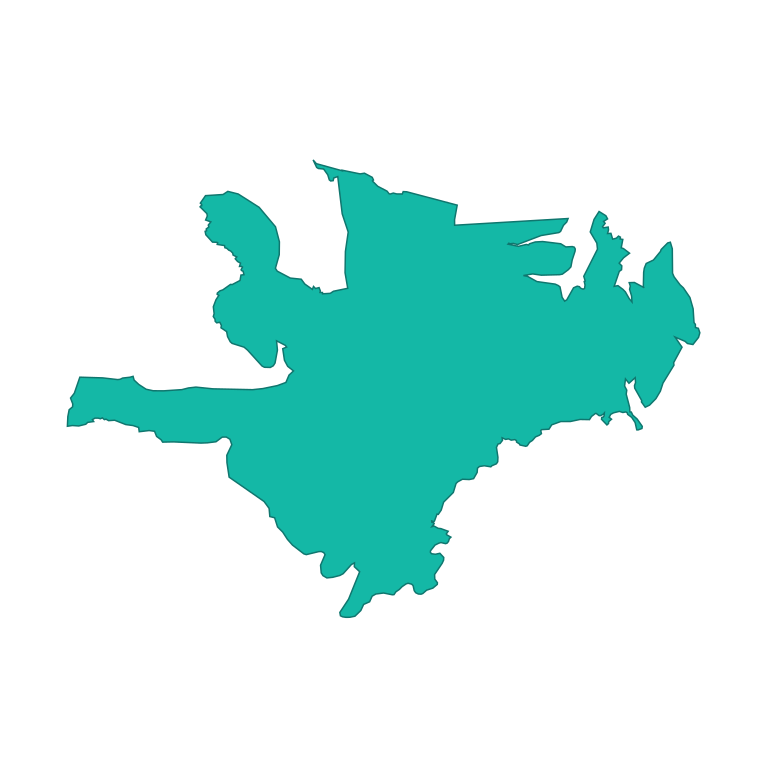 Tarandacuao, Guanajuato, Mexico (Equal Earth projection), rotated 85°
{"feature_id": "50627088B84371982021129", "entity_name": "Tarandacuao", "entity_type": "district", "adm_level": 2, "iso_a3": "MEX", "parent_name": "Mexico", "parent_adm1": "Guanajuato", "projection": "equal_earth", "projection_center": [-100.532, 19.999], "detail": "fine", "context": "isolated", "style": "filled", "palette": "teal", "viewbox_px": 768, "rotation_deg": 85, "n_neighbors": 0, "source": "geoboundaries", "source_scale": "gbopen_adm2", "svg_char_len": 6146}
<svg xmlns="http://www.w3.org/2000/svg" viewBox="0 0 768 768"><g transform="rotate(85 384 384)"><path d="M475.8,284.8L474.8,283.6L473.3,279.0L471.4,277.5L466.9,276.9L456.9,277.5L453.7,275.6L453.4,273.6L450.5,270.9L447.9,271.0L449.8,267.7L449.5,264.8L451.0,262.2L450.8,258.5L451.9,257.0L453.4,257.0L455.5,254.3L456.6,253.9L458.4,248.2L458.0,246.7L454.8,244.1L453.1,241.0L449.9,237.7L448.6,233.7L447.2,231.5L444.0,231.9L443.2,230.9L443.4,223.6L439.3,220.5L436.8,211.2L437.6,201.6L436.4,191.8L437.4,182.4L434.4,180.1L431.8,176.0L431.8,175.2L434.3,172.4L434.4,171.1L433.3,168.4L432.0,167.0L434.9,167.5L436.1,168.5L436.3,170.0L438.1,170.4L444.2,165.5L443.0,163.8L441.1,163.4L438.9,160.4L436.8,162.6L434.0,160.8L432.7,157.8L431.8,151.9L433.2,148.5L432.9,145.6L433.7,144.3L435.5,143.9L438.8,140.2L444.3,137.2L451.7,136.2L451.9,134.9L450.8,130.9L448.7,130.4L440.9,134.9L436.7,138.9L433.5,140.1L433.2,141.5L428.8,141.3L415.2,143.6L411.3,142.7L407.0,144.5L400.0,143.0L404.6,139.9L399.6,133.2L404.6,133.3L407.4,134.6L410.0,134.6L423.0,128.7L424.3,129.1L429.9,125.8L428.2,121.3L422.3,114.4L415.2,109.3L407.4,106.0L390.5,93.5L388.0,93.6L373.3,83.9L362.6,90.0L367.7,80.4L370.1,78.2L371.6,72.8L365.0,66.6L360.5,64.9L355.9,66.0L354.9,68.8L351.7,68.6L349.9,69.8L336.0,69.5L324.5,71.7L314.3,77.4L311.0,80.4L302.5,85.7L298.8,86.9L274.4,85.0L267.7,86.4L268.2,89.1L274.2,96.2L276.0,97.0L284.0,104.8L286.8,112.3L291.3,114.6L295.4,115.6L309.9,117.2L310.8,116.3L304.7,125.7L304.4,130.9L307.9,130.1L311.1,131.1L317.9,129.7L323.9,129.8L320.3,132.3L313.3,135.5L310.6,137.7L306.4,142.4L306.8,146.2L292.3,139.8L290.9,137.4L287.0,136.8L284.1,139.2L279.2,134.4L275.1,128.0L270.0,133.6L269.0,135.8L260.8,133.5L260.1,136.1L258.3,135.7L257.1,137.5L259.0,139.8L259.6,143.6L253.7,144.8L253.6,148.2L250.1,146.9L247.2,147.0L247.5,151.9L246.4,152.6L243.2,149.7L241.2,151.1L239.0,146.9L235.7,148.3L230.9,154.7L238.3,160.4L250.5,165.3L262.2,159.7L268.3,159.6L294.1,175.6L299.0,174.6L299.3,175.6L303.0,175.1L306.3,175.9L306.9,177.4L305.6,179.9L304.1,180.8L303.4,183.0L304.7,186.8L316.1,194.6L317.2,196.8L313.2,199.0L302.6,200.2L301.1,201.8L299.4,204.8L295.3,222.7L289.3,231.6L288.1,235.7L287.3,226.3L289.3,217.8L290.4,199.5L290.1,196.7L286.1,190.3L283.6,187.6L276.8,185.7L268.4,182.1L266.2,181.7L264.3,182.5L263.5,184.5L263.3,190.9L259.7,195.7L255.9,213.6L255.7,221.0L257.0,226.9L258.1,227.8L257.4,230.1L258.6,238.1L255.5,248.3L254.6,247.3L255.3,246.5L255.2,243.0L256.7,238.8L249.8,214.6L248.4,196.6L247.4,194.8L241.6,191.4L238.6,187.9L235.2,186.2L232.0,299.8L226.5,299.4L212.2,295.5L194.5,344.6L194.0,348.1L196.3,349.2L195.8,354.7L194.6,358.1L195.3,361.3L194.9,362.4L192.2,364.1L186.5,373.0L181.1,377.6L180.6,377.8L179.9,376.7L177.1,377.7L172.3,385.1L172.6,389.5L167.4,407.0L168.0,406.9L158.6,432.2L154.6,435.1L162.4,432.2L163.6,430.6L164.6,425.4L170.7,421.8L175.9,420.7L177.1,419.4L177.0,416.9L174.4,416.1L173.3,412.0L210.9,410.8L229.5,406.4L248.6,410.9L269.8,413.1L285.5,411.8L287.2,426.3L289.0,429.6L288.8,437.4L287.5,437.3L287.2,439.8L285.7,439.3L282.3,440.3L282.9,443.9L280.7,445.7L283.5,447.1L277.5,454.2L272.4,457.3L270.3,468.1L262.3,480.5L259.3,482.1L246.1,477.1L233.2,475.8L217.9,478.4L197.1,493.0L182.0,512.7L178.5,522.8L181.2,527.8L180.8,545.4L187.8,551.2L189.1,550.0L191.1,550.1L190.2,550.5L191.5,551.8L198.8,545.6L201.3,545.4L205.1,547.4L207.4,542.4L210.4,545.2L212.3,544.8L214.1,547.6L215.9,547.4L216.3,548.9L219.8,548.5L227.7,542.5L228.3,538.1L228.7,537.4L230.4,538.0L232.2,530.8L234.4,530.6L235.1,528.8L237.2,526.9L238.1,525.2L240.4,523.3L242.4,523.1L244.6,519.6L246.3,521.3L249.2,519.2L251.1,516.4L254.3,517.7L254.4,515.8L255.2,514.8L257.7,516.4L258.5,516.1L259.4,514.5L262.9,514.0L263.0,517.0L268.3,518.4L271.7,526.5L271.4,528.2L276.2,536.4L276.9,539.3L278.9,542.1L280.1,542.4L281.3,540.8L285.5,544.1L292.2,547.3L299.2,547.1L301.9,548.2L304.7,546.7L306.9,546.7L308.5,545.3L308.2,542.2L311.4,540.9L313.8,541.5L318.1,536.2L323.2,535.7L328.5,533.5L330.3,531.8L335.1,520.2L338.3,517.0L355.4,504.0L356.9,501.7L357.6,495.8L356.2,492.7L353.6,490.7L340.9,487.2L331.6,487.3L336.9,478.9L338.7,477.8L340.0,481.8L351.7,481.1L358.0,478.4L363.1,473.0L366.8,477.8L373.9,481.6L376.3,490.4L378.0,505.1L378.2,515.5L373.9,554.9L370.7,571.6L370.9,579.2L372.0,585.9L371.6,604.3L370.6,614.6L368.5,621.4L363.1,628.3L358.3,632.6L354.5,633.3L355.1,636.4L355.3,643.9L356.3,646.4L356.4,648.9L353.4,663.6L350.7,686.4L366.2,693.3L370.7,697.5L376.7,695.8L379.6,696.2L382.2,699.9L388.9,701.8L398.5,703.1L398.2,698.1L399.2,691.7L398.1,684.6L396.4,682.5L396.1,676.5L394.1,677.6L392.8,674.9L393.1,671.6L393.9,669.6L393.2,667.5L395.1,665.7L394.8,664.0L396.5,661.5L396.6,655.5L401.9,644.8L403.5,637.7L405.9,632.2L410.2,632.0L409.9,622.0L411.1,616.7L416.4,615.1L420.1,610.9L422.6,609.6L423.3,598.9L426.9,571.5L427.2,565.1L426.9,556.4L422.8,549.8L423.1,545.7L425.6,542.3L431.2,540.9L441.3,546.8L448.7,547.3L463.3,546.4L490.6,513.7L497.9,509.3L506.1,509.3L507.7,504.6L517.1,502.5L522.7,497.8L530.4,493.7L536.5,489.2L546.2,478.7L547.2,476.3L545.3,463.7L545.4,461.1L546.7,458.7L548.9,457.6L559.0,463.0L566.7,463.0L569.6,461.5L572.2,457.8L572.1,451.9L570.9,444.7L569.4,441.2L561.0,432.2L559.6,429.0L563.4,429.5L568.9,424.6L595.2,438.0L607.7,447.9L611.1,447.6L612.3,445.6L613.1,442.4L613.4,438.4L612.8,433.2L607.6,426.8L601.8,423.5L599.7,417.3L594.3,414.3L592.5,410.4L592.2,402.6L594.7,394.1L594.7,392.4L592.1,390.3L590.0,386.6L587.5,383.7L585.1,379.5L584.6,377.4L585.8,373.9L587.3,372.6L592.5,371.9L594.7,370.6L596.2,368.1L596.6,365.4L596.1,363.6L593.1,359.5L591.6,353.1L588.3,348.4L586.6,348.1L582.8,350.4L578.2,350.2L567.7,341.7L564.7,340.0L562.0,339.6L557.5,343.1L558.1,347.6L557.2,351.5L555.6,352.5L554.2,352.2L548.9,347.2L547.4,343.4L546.9,341.1L548.4,336.6L548.1,335.1L546.5,333.5L543.8,332.4L542.4,330.7L539.8,334.5L538.8,335.0L536.3,332.9L533.0,340.0L532.5,342.6L529.9,346.5L530.3,348.7L527.5,346.2L526.7,346.5L525.9,348.4L524.6,348.4L525.3,346.8L525.0,345.7L518.2,342.5L518.6,341.3L514.6,338.0L506.9,334.9L498.1,324.4L489.4,320.9L487.9,319.1L485.7,314.1L486.6,307.4L486.1,303.0L480.2,298.9L476.0,298.2L474.5,296.1L474.2,291.2L475.8,284.8Z" fill="#14b8a6" stroke="#0f766e" stroke-width="1.5"/></g></svg>